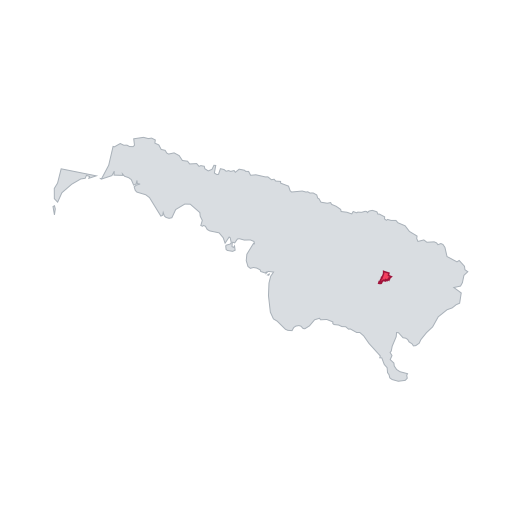 Ojo de agua, Santiago del Estero, Argentina (highlighted), rotated 101°
{"feature_id": "61730980B49758081905530", "entity_name": "Ojo de agua", "entity_type": "district", "adm_level": 2, "iso_a3": "ARG", "parent_name": "Argentina", "parent_adm1": "Santiago del Estero", "projection": "mercator", "projection_center": [-63.775, -29.267], "detail": "fine", "context": "in_parent", "style": "filled", "palette": "rose", "viewbox_px": 512, "rotation_deg": 101, "n_neighbors": 0, "source": "geoboundaries", "source_scale": "gbopen_adm2", "svg_char_len": 5027}
<svg xmlns="http://www.w3.org/2000/svg" viewBox="0 0 512 512"><g transform="rotate(101 256 256)"><path d="M313.9,135.0L311.3,139.5L311.9,142.5L309.6,149.6L310.2,151.1L308.3,154.5L308.9,158.2L308.0,161.8L308.4,166.3L307.7,167.7L306.0,168.0L304.8,174.4L306.3,180.5L305.0,181.7L307.4,186.3L314.4,190.2L318.1,194.2L318.2,195.9L316.3,198.5L316.1,200.6L317.2,203.5L319.0,205.3L322.4,206.4L322.9,210.6L322.3,213.2L315.9,222.8L314.4,226.9L308.4,231.2L292.5,236.2L280.1,238.1L273.1,237.7L268.4,235.7L268.8,241.2L271.1,242.8L269.9,242.9L270.9,243.9L270.3,248.4L268.8,249.3L267.7,253.1L267.8,256.4L269.2,259.2L267.8,261.9L262.4,264.7L256.0,265.3L244.2,260.9L244.6,260.2L244.0,259.9L242.1,260.8L241.3,264.6L242.6,270.5L242.2,275.7L242.9,277.5L247.2,279.4L246.9,281.5L248.3,281.8L251.4,281.3L251.8,279.6L250.2,279.0L254.3,277.6L255.9,279.8L256.0,285.2L255.3,286.6L252.0,287.6L251.1,287.4L249.2,283.6L247.7,282.8L243.0,284.8L242.5,286.0L249.3,288.8L244.3,291.7L240.3,296.7L240.2,306.2L239.3,308.9L236.5,311.3L236.0,313.2L237.0,314.2L236.6,316.0L231.3,315.5L227.5,318.4L224.1,319.4L217.7,330.4L218.6,335.8L225.7,343.7L234.5,345.9L235.6,348.5L235.3,351.7L234.2,353.6L231.0,355.4L233.8,355.4L235.0,357.0L219.0,371.7L216.9,376.0L216.0,385.1L214.7,387.0L211.4,388.8L209.2,386.9L207.5,383.5L207.5,386.3L204.5,387.3L208.1,387.4L209.8,389.6L204.8,393.0L203.4,396.0L202.8,400.3L200.8,402.8L202.3,402.2L203.7,410.8L199.8,411.3L204.6,412.8L210.1,422.6L209.6,423.4L209.5,422.3L195.0,417.9L175.7,417.2L175.9,415.9L171.5,410.7L172.5,406.9L171.8,403.8L172.7,401.0L172.1,397.5L170.5,396.4L164.3,398.4L161.0,389.1L161.3,384.1L160.2,381.0L161.3,377.0L164.5,376.8L165.5,372.6L169.5,369.4L169.6,365.4L172.0,363.2L172.6,361.2L170.4,356.1L172.1,350.6L176.3,346.5L176.0,341.3L178.3,338.7L176.6,331.9L178.9,329.0L177.8,327.4L177.8,323.9L180.1,322.9L181.6,319.1L179.3,315.7L175.0,314.6L174.8,312.8L182.5,312.7L183.5,310.0L183.0,308.4L177.1,307.6L177.2,303.9L178.5,301.5L177.4,299.2L177.8,297.0L176.3,293.8L177.8,292.3L174.0,289.1L174.0,283.6L174.9,282.3L174.4,279.4L177.8,276.7L176.3,271.6L176.6,261.9L176.1,259.4L178.2,255.4L177.2,252.9L178.7,250.9L178.1,246.1L179.8,245.7L181.2,237.4L185.5,234.9L186.4,233.3L183.4,223.0L183.7,219.1L183.1,217.4L183.9,215.1L183.2,211.9L184.5,208.0L187.4,206.5L187.7,205.2L190.8,202.5L190.6,196.1L189.3,192.9L190.9,191.7L191.9,186.8L194.1,181.8L196.1,180.9L195.7,175.2L196.4,170.0L193.8,169.1L194.4,165.4L193.5,164.5L193.0,160.7L191.3,157.4L191.2,155.8L192.2,154.9L190.3,153.6L189.0,150.5L189.3,147.6L189.6,145.7L191.7,144.3L191.3,143.0L193.0,137.2L195.1,136.9L196.1,134.8L195.0,133.8L195.3,130.3L194.4,125.4L196.3,123.0L197.9,115.4L202.6,110.1L205.7,101.7L208.2,101.6L210.8,99.8L208.2,94.3L209.9,90.9L208.1,83.8L208.7,81.2L210.2,79.6L208.5,76.9L209.0,74.7L211.5,72.2L220.1,68.4L223.4,57.6L221.6,55.7L226.3,49.4L229.6,48.3L231.0,45.1L235.3,48.2L242.8,48.3L246.5,49.5L249.2,55.8L253.1,47.5L263.5,47.1L265.6,50.2L269.5,53.5L272.3,58.2L280.9,65.5L291.9,69.1L298.7,74.0L306.6,78.2L310.5,79.2L313.5,82.1L314.2,84.3L312.4,86.1L311.1,89.4L309.0,91.2L308.1,93.4L308.2,96.1L304.1,101.5L304.3,103.4L308.5,103.0L318.6,105.1L323.5,105.1L325.1,106.0L327.8,103.5L332.1,104.5L334.8,100.2L337.6,99.3L340.6,96.3L342.1,92.6L342.6,84.8L344.3,85.3L347.1,84.2L349.6,85.8L351.8,92.4L351.3,98.8L350.1,101.4L347.1,102.8L345.4,104.6L340.6,106.0L338.0,109.4L332.0,113.1L332.3,115.1L330.4,114.9L320.3,128.4L313.9,135.0ZM207.6,463.9L207.8,428.1L211.6,434.9L209.7,434.5L209.2,437.8L212.3,438.5L213.8,442.7L220.7,450.6L230.9,458.6L241.0,461.0L238.2,464.9L228.2,466.9L222.3,464.7L207.6,463.9ZM245.1,463.4L248.1,462.0L254.1,461.7L246.2,464.7L245.1,463.4ZM272.5,239.9L272.4,241.0L270.7,239.2L272.5,239.9Z" fill="#d9dde1" stroke="#a8b0b8" stroke-width="1"/><path d="M246.7,127.8L247.6,127.6L247.9,127.6L249.1,127.4L252.6,128.0L252.8,128.7L253.6,128.7L253.8,128.3L254.2,128.2L254.4,128.3L254.4,128.5L254.1,128.6L254.4,128.6L254.5,128.6L254.8,128.8L255.0,129.0L255.3,129.1L255.5,129.2L255.8,129.1L256.0,129.1L256.3,129.1L256.5,129.1L256.8,129.1L257.0,129.1L257.5,129.2L257.4,129.9L257.6,129.9L257.6,130.2L259.4,130.4L259.4,129.8L259.4,129.7L259.4,129.4L259.3,128.9L259.1,128.8L259.1,128.7L258.9,128.7L258.7,128.6L258.7,128.3L258.7,128.1L258.8,127.8L258.0,127.6L257.5,127.5L257.6,127.4L256.9,127.2L256.8,127.6L256.5,127.4L256.4,126.8L255.8,126.7L255.5,126.4L255.7,126.2L255.8,125.2L255.3,125.6L255.2,125.5L255.5,123.8L254.9,123.7L254.8,124.3L254.3,124.2L254.5,123.4L254.5,123.0L255.0,123.0L255.1,122.5L254.1,122.3L253.9,122.2L254.0,122.0L253.8,121.9L254.3,121.4L254.2,121.3L253.8,121.2L253.7,121.2L253.1,121.2L253.5,120.9L253.4,120.9L253.3,120.7L253.2,120.7L252.9,120.6L252.8,120.4L252.7,120.4L252.7,120.5L252.4,120.5L252.2,120.5L252.2,120.4L251.9,120.3L251.7,120.3L251.7,120.2L251.4,120.1L251.2,119.9L251.1,119.7L250.9,119.6L250.8,119.4L250.7,119.4L250.5,119.2L250.4,119.6L250.3,120.1L250.2,120.7L250.1,121.1L250.0,121.4L249.9,121.7L249.8,122.3L247.4,122.2L247.2,123.8L247.2,124.3L246.8,127.3L246.7,127.8Z" fill="#f43f5e" stroke="#9f1239" stroke-width="1.5"/></g></svg>